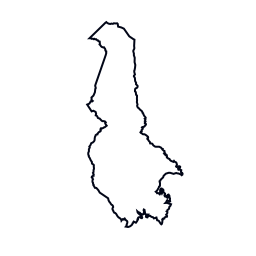 Juscimeira, Mato Grosso, Brazil (Natural Earth projection), rotated 295°
{"feature_id": "56859067B77802724156485", "entity_name": "Juscimeira", "entity_type": "district", "adm_level": 2, "iso_a3": "BRA", "parent_name": "Brazil", "parent_adm1": "Mato Grosso", "projection": "natural_earth1", "projection_center": [-55.01, -16.21], "detail": "fine", "context": "isolated", "style": "outline", "palette": "ink", "viewbox_px": 256, "rotation_deg": 295, "n_neighbors": 0, "source": "geoboundaries", "source_scale": "gbopen_adm2", "svg_char_len": 5838}
<svg xmlns="http://www.w3.org/2000/svg" viewBox="0 0 256 256"><g transform="rotate(295 128 128)"><path d="M45.4,151.4L45.6,152.2L45.2,153.5L43.6,155.8L42.9,157.4L43.0,158.1L42.5,159.8L42.1,160.6L41.3,161.2L43.0,161.6L43.0,162.4L43.3,163.0L44.0,162.8L44.6,163.2L43.7,164.7L43.2,166.6L42.5,167.2L40.9,167.6L40.1,167.5L39.2,168.0L37.7,167.7L38.3,169.9L39.4,171.1L40.2,171.7L42.3,172.6L43.5,172.4L44.2,172.8L45.0,172.6L45.6,172.7L45.5,175.2L46.2,175.4L46.8,175.4L47.5,175.6L48.5,175.5L49.1,175.2L49.4,175.7L50.8,175.1L51.5,175.3L51.9,176.1L52.4,176.5L51.9,178.0L52.2,178.7L52.9,178.7L53.4,178.2L54.2,176.4L55.1,173.3L55.6,172.4L56.4,171.8L56.1,172.8L56.2,174.6L55.7,175.5L55.6,176.4L55.8,177.0L55.7,177.9L56.6,178.5L58.5,178.0L59.1,178.1L58.7,179.0L57.3,179.9L57.2,180.7L58.0,182.7L57.2,182.5L56.0,181.5L55.1,181.8L55.0,182.6L55.2,183.3L55.8,183.2L57.6,184.6L57.8,185.4L57.5,186.0L57.4,187.0L57.7,188.3L57.0,189.7L57.6,190.2L57.9,190.8L58.5,191.1L58.9,191.6L56.7,193.4L56.9,194.3L56.8,195.3L55.1,198.0L54.8,198.9L55.4,199.2L57.1,198.9L58.6,198.3L59.3,198.3L59.6,197.7L60.4,197.8L60.7,198.5L61.3,199.2L62.1,198.9L62.8,199.3L63.4,199.8L64.1,200.8L64.8,200.6L65.5,199.2L67.0,199.6L67.7,199.5L68.5,199.2L68.8,198.3L69.4,198.7L70.3,198.4L71.8,199.2L72.6,199.2L73.9,198.8L75.4,199.3L77.1,199.2L76.7,196.4L76.8,195.3L75.9,193.6L77.2,194.0L78.6,193.9L79.2,194.1L78.9,195.0L79.0,195.7L78.7,196.5L79.3,197.2L80.5,196.4L82.0,195.8L82.8,194.7L83.0,193.9L82.2,193.3L81.5,193.4L81.5,192.0L82.7,191.4L82.5,190.5L81.8,190.1L82.2,189.6L83.0,189.4L83.6,189.5L84.2,189.3L84.7,187.6L85.2,187.0L86.6,186.4L87.1,185.9L87.1,185.0L87.4,184.1L87.0,183.5L86.3,183.8L85.7,184.3L85.7,185.3L85.2,186.1L84.4,186.4L82.9,186.4L83.4,185.7L84.2,185.2L84.6,183.7L82.0,184.9L81.3,184.8L81.5,184.1L81.9,183.4L81.6,182.6L81.2,181.9L81.7,181.4L82.0,180.1L83.0,180.6L83.7,180.8L86.9,181.1L87.9,180.9L89.1,181.4L91.8,180.2L92.3,179.6L93.1,179.1L94.0,179.6L94.8,179.4L98.1,180.7L99.7,180.5L100.8,180.9L102.6,181.6L104.6,183.8L105.2,185.1L105.7,188.7L107.6,190.7L107.7,191.8L108.1,192.9L108.2,194.1L108.3,195.3L107.9,196.6L108.7,197.0L109.6,196.8L110.2,196.1L110.4,194.7L111.1,194.3L112.3,194.1L112.4,193.1L111.5,191.4L112.2,190.6L112.9,190.8L113.5,191.6L114.2,191.9L115.0,191.6L115.1,190.9L114.8,190.2L113.7,189.3L113.2,188.4L113.5,187.8L115.4,187.9L116.8,186.7L117.2,186.0L117.1,185.2L117.2,184.4L117.6,183.6L116.5,183.4L116.4,180.9L116.7,179.7L117.5,178.6L117.3,177.5L117.6,176.7L117.7,175.7L118.5,175.5L119.8,174.6L119.7,173.9L119.2,173.5L119.6,172.9L120.0,171.7L120.8,172.3L121.2,171.3L121.9,171.2L122.6,170.7L122.5,170.0L123.0,168.4L123.7,168.3L123.6,167.3L124.2,166.2L124.2,164.2L122.7,160.9L122.6,160.1L123.0,158.2L124.0,156.7L123.9,155.9L123.4,154.6L124.6,153.7L125.0,152.6L125.5,151.6L126.3,151.0L126.2,150.3L126.8,149.9L127.8,150.3L128.5,149.8L129.1,147.6L129.3,145.8L129.1,145.1L128.7,144.4L128.7,143.7L129.1,142.5L129.0,141.8L129.3,141.1L130.0,141.2L130.9,141.8L131.7,141.2L133.3,141.7L134.0,141.5L134.3,140.4L134.8,140.5L135.7,141.7L136.2,142.2L136.9,142.3L137.5,142.6L138.7,142.8L139.2,142.5L139.3,141.3L140.0,141.0L141.1,141.2L141.4,140.3L142.3,140.4L142.9,140.3L143.4,139.3L144.2,139.8L144.9,139.6L145.9,137.5L147.1,136.0L147.8,135.5L147.9,134.7L148.7,134.1L149.2,133.3L149.7,131.2L150.5,129.4L150.7,128.2L151.9,126.9L153.3,126.7L155.2,125.1L157.2,124.4L157.9,123.9L161.1,122.5L161.4,122.0L161.5,121.3L163.8,119.9L164.1,118.9L164.6,118.6L166.3,118.0L167.2,118.2L167.8,118.9L168.5,119.2L169.4,119.3L170.3,118.8L171.1,116.7L172.3,116.3L173.6,114.6L176.1,113.2L176.6,112.7L177.3,111.5L177.9,111.3L179.4,111.7L181.3,110.1L182.4,109.5L183.2,109.5L185.6,108.9L188.2,108.0L190.5,106.1L194.5,104.4L196.5,102.5L197.8,102.0L199.7,100.4L200.5,100.1L202.1,100.2L203.1,100.0L204.9,98.9L210.8,96.5L210.8,95.4L211.6,90.4L216.3,82.3L216.3,79.5L215.7,76.2L218.0,74.7L218.3,73.9L217.6,72.8L216.9,70.9L216.2,70.5L215.8,69.7L215.6,68.8L214.8,68.0L214.4,66.5L214.4,65.4L214.5,64.4L214.8,63.6L213.7,63.0L193.1,55.2L193.6,56.2L193.4,57.2L193.8,57.7L194.0,58.3L194.0,59.4L194.6,59.7L194.5,60.9L195.0,61.5L194.5,63.1L194.7,63.9L194.2,64.5L194.4,65.8L192.5,66.9L191.7,66.9L191.4,67.9L190.8,68.8L190.4,69.8L190.5,71.1L191.0,72.2L190.4,72.9L190.3,73.5L189.6,74.3L189.1,74.4L188.5,75.0L188.3,75.9L187.6,76.0L186.9,76.6L184.6,77.0L153.6,80.2L152.4,80.4L150.6,81.9L149.7,81.8L146.4,82.9L142.8,83.0L140.2,82.0L138.9,82.8L138.0,83.0L137.6,84.6L136.9,84.3L136.2,82.9L133.8,82.7L132.0,81.1L127.7,88.0L129.0,89.3L128.9,91.8L127.6,93.0L125.8,93.4L125.9,94.4L125.5,95.3L124.4,96.4L124.4,97.1L124.6,98.3L123.5,101.0L123.4,101.9L124.0,103.2L124.2,104.4L123.7,105.5L122.8,105.2L121.9,106.2L121.1,107.7L118.9,106.6L118.3,105.9L117.8,105.7L116.3,104.4L116.4,103.7L115.9,103.5L115.2,103.9L114.5,103.8L114.0,104.5L113.4,104.4L112.8,104.1L112.2,103.5L111.3,103.1L110.1,102.9L109.3,103.0L109.1,102.4L107.8,101.7L106.8,101.9L106.0,101.8L104.2,102.3L103.3,102.7L102.4,102.9L101.5,102.8L100.0,102.2L98.7,101.1L96.4,101.2L94.8,100.8L94.3,101.5L92.9,101.6L92.3,101.5L90.4,102.4L88.6,102.5L87.6,103.0L86.9,103.4L86.4,104.2L85.6,104.5L85.1,105.2L84.8,105.8L82.9,108.0L81.9,109.7L81.1,110.0L80.5,110.5L80.2,112.4L79.6,112.9L78.5,113.3L77.1,114.2L76.2,114.5L75.5,114.5L73.4,115.4L72.5,115.2L71.5,116.5L70.9,116.4L70.2,117.0L69.5,116.2L68.7,115.8L67.9,116.0L67.8,116.9L67.2,117.2L66.8,117.9L66.1,117.8L64.7,118.3L64.0,118.7L63.5,119.5L62.6,119.9L62.1,120.8L61.4,120.9L61.1,121.6L59.8,123.3L60.3,124.6L60.0,125.4L59.1,127.4L57.5,129.7L55.9,139.7L54.3,140.9L53.2,142.3L52.9,143.2L52.1,144.3L51.5,145.5L51.5,146.4L50.8,147.5L50.0,148.0L49.1,147.9L48.3,148.0L47.5,148.5L47.1,149.3L46.2,150.1L45.4,151.4ZM59.1,178.1L59.6,177.3L60.1,176.9L60.8,176.8L60.8,177.5L60.2,177.8L59.8,178.3L59.1,178.1ZM83.0,193.9L83.9,194.3L84.8,192.9L84.2,192.3L83.5,192.4L83.3,193.3L83.0,193.9Z" fill="none" stroke="#020617" stroke-width="2"/></g></svg>